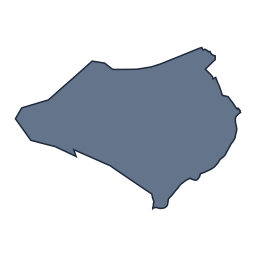 Peel en Maas, Limburg, Netherlands
{"feature_id": "6326949B67836908957420", "entity_name": "Peel en Maas", "entity_type": "district", "adm_level": 2, "iso_a3": "NLD", "parent_name": "Netherlands", "parent_adm1": "Limburg", "projection": "orthographic", "projection_center": [6.017, 51.331], "detail": "fine", "context": "isolated", "style": "filled", "palette": "slate", "viewbox_px": 256, "rotation_deg": 0, "n_neighbors": 0, "source": "geoboundaries", "source_scale": "gbopen_adm2", "svg_char_len": 5049}
<svg xmlns="http://www.w3.org/2000/svg" viewBox="0 0 256 256"><path d="M21.7,107.9L20.4,110.1L15.4,118.8L16.1,119.7L16.3,120.0L18.5,123.1L19.8,124.9L19.9,125.0L20.0,125.2L20.3,125.6L22.8,129.1L25.1,132.3L26.0,133.5L26.3,134.0L29.0,137.8L30.8,140.3L31.9,140.6L32.0,140.6L33.8,141.1L36.3,141.7L39.5,142.6L40.6,142.9L42.2,143.3L48.8,145.0L49.8,145.2L50.1,145.3L50.5,145.4L50.7,145.5L51.0,145.5L51.5,145.7L52.1,145.8L55.5,146.7L57.1,147.5L57.5,147.7L57.8,147.8L60.7,149.2L62.0,149.8L67.3,152.3L68.1,152.7L71.3,154.2L75.6,156.2L76.1,156.5L75.2,153.9L73.9,150.3L73.7,149.6L82.8,153.7L86.1,155.1L101.1,161.7L101.1,161.8L110.2,165.7L116.1,169.9L119.3,172.0L120.8,173.1L122.2,174.0L125.3,176.1L128.8,178.5L131.1,180.1L132.5,181.0L141.0,186.8L145.7,189.9L145.8,190.0L151.7,193.9L151.7,194.0L152.0,195.1L152.2,195.9L152.3,196.0L152.4,196.4L152.4,196.7L152.4,197.0L152.5,197.6L152.6,197.9L152.7,198.3L152.8,198.5L153.1,199.5L153.3,200.0L153.5,200.5L153.7,200.8L153.8,201.0L153.8,201.3L153.8,201.6L153.7,202.0L153.7,202.4L153.7,202.6L153.6,202.9L153.6,203.1L153.6,203.3L153.4,203.7L153.4,203.9L153.4,204.2L153.4,204.5L153.3,205.1L153.3,205.4L153.3,206.0L153.3,206.3L153.2,206.5L153.0,206.9L152.9,207.3L152.8,207.5L152.7,207.8L152.7,208.0L152.7,208.5L152.9,208.3L153.3,208.1L153.9,207.9L154.7,207.7L155.1,207.6L155.5,207.5L156.3,207.5L156.5,207.5L156.9,207.6L157.5,207.8L158.2,208.0L158.5,208.1L158.8,208.2L159.7,208.4L159.9,208.4L160.2,208.4L160.7,208.4L161.3,208.4L162.5,208.2L162.9,208.2L163.7,208.0L164.4,207.8L164.6,207.7L165.1,207.5L166.4,206.5L166.5,206.4L166.7,206.2L167.1,205.6L167.4,204.9L167.6,204.1L167.8,203.2L168.0,202.0L168.3,199.9L168.4,199.2L168.9,198.3L169.5,197.7L170.1,197.0L171.0,196.3L171.8,195.4L172.8,194.1L173.4,193.4L174.2,192.4L174.6,191.9L175.1,191.2L176.2,189.9L176.5,189.6L177.5,188.5L177.8,188.3L178.6,187.0L178.8,186.7L179.2,186.2L180.2,185.0L180.8,184.4L181.2,183.9L182.7,182.9L183.3,182.3L184.5,181.4L186.2,180.2L187.2,179.7L188.1,179.2L188.3,179.1L190.5,178.2L190.9,178.9L191.1,179.0L191.3,178.9L191.8,179.1L192.0,179.2L192.2,179.3L192.5,179.4L193.2,179.7L193.5,179.8L193.9,179.9L194.3,180.1L194.6,180.1L194.8,180.1L195.1,180.1L195.5,180.1L196.1,180.1L196.4,180.1L196.7,180.0L197.0,179.8L197.2,179.7L197.6,179.3L198.0,178.8L198.2,178.6L198.5,178.1L198.7,177.9L198.8,177.8L198.9,177.6L199.0,177.5L199.4,176.7L199.5,176.7L199.6,176.4L199.6,176.2L199.7,175.9L199.8,175.8L199.8,175.7L199.9,175.4L199.9,175.2L200.0,175.0L200.1,174.9L200.3,174.6L200.2,173.9L205.4,171.9L207.6,170.8L208.2,170.5L210.0,169.7L210.7,169.3L211.8,168.7L213.3,167.7L214.3,167.0L215.6,165.7L216.7,164.4L217.0,164.1L218.0,162.8L218.5,162.1L218.7,161.6L219.3,160.6L219.7,160.1L220.2,159.5L220.6,159.0L221.6,158.1L223.1,157.1L224.2,156.0L224.7,155.5L225.4,154.6L226.0,153.4L226.4,152.6L226.7,152.0L227.0,151.4L227.3,151.0L227.4,150.7L227.8,150.0L228.1,149.4L228.4,148.9L229.1,147.6L229.9,146.0L230.3,145.3L230.9,144.2L231.4,143.4L231.5,143.2L232.0,142.7L232.6,141.9L233.4,140.8L233.9,140.0L234.6,138.8L235.2,137.3L235.7,134.1L236.2,132.4L236.3,132.2L236.6,130.7L236.7,129.8L236.7,129.5L236.7,129.2L236.8,129.0L236.6,127.7L236.3,126.4L236.1,125.0L235.8,124.1L235.7,123.6L235.7,123.4L235.5,122.4L235.5,122.1L235.4,121.3L235.4,121.0L235.4,120.7L235.4,119.6L235.4,118.8L235.4,118.7L235.5,118.3L235.5,117.9L235.5,117.7L235.9,116.9L236.0,116.8L236.2,116.4L237.2,115.2L238.2,114.2L239.5,113.2L240.6,112.3L239.7,111.1L240.2,110.7L239.4,109.8L238.9,109.3L239.0,109.2L238.0,108.2L237.9,108.4L237.2,109.1L236.2,107.9L235.8,107.4L234.4,105.3L233.5,103.9L232.9,103.1L232.3,102.1L231.5,101.2L231.1,100.7L230.8,100.3L230.7,100.2L230.4,99.8L230.1,99.3L229.8,98.9L228.9,97.7L228.1,96.7L227.1,96.4L224.1,95.7L222.4,95.3L221.7,93.4L221.5,92.6L221.3,92.0L220.9,90.7L220.4,89.4L220.1,88.4L220.0,88.2L219.9,87.9L219.8,87.6L219.7,87.3L218.7,84.8L217.7,82.6L217.0,81.0L216.9,80.8L216.7,80.4L216.4,79.9L216.6,79.8L216.4,79.3L215.7,77.4L213.0,78.9L212.8,77.4L212.0,76.1L210.4,74.3L205.3,69.2L214.0,60.7L215.2,59.7L215.2,56.6L215.2,56.2L215.1,55.7L214.8,55.7L214.5,55.7L214.4,55.7L214.0,55.5L213.3,55.3L213.0,55.1L212.7,55.0L212.4,54.8L212.2,54.6L211.9,54.4L211.6,54.1L211.4,54.0L211.4,53.9L211.2,53.7L211.0,53.4L210.8,53.2L210.7,53.0L210.5,52.7L210.4,52.6L210.4,52.4L210.3,52.2L210.2,52.0L210.1,51.9L210.1,51.6L210.0,51.4L209.7,51.5L208.3,51.9L207.8,50.8L207.7,50.8L207.6,50.7L207.4,50.6L207.1,50.4L206.8,50.2L206.7,50.1L206.4,50.0L206.3,49.9L206.2,49.9L205.9,49.9L205.7,49.9L205.4,49.9L205.0,49.2L203.8,49.5L203.4,49.7L202.8,49.9L202.6,49.4L202.4,48.9L202.2,48.4L202.0,47.9L201.8,47.5L199.5,48.2L182.2,55.2L178.2,56.9L176.5,57.5L167.3,61.2L166.4,61.6L162.4,63.2L159.8,64.2L158.8,64.5L151.3,66.9L150.6,67.0L150.1,67.1L139.6,68.8L138.8,68.9L137.9,69.1L137.4,69.2L136.9,69.2L133.8,69.3L133.5,69.3L132.7,69.3L124.9,69.4L112.7,69.4L112.5,69.2L108.7,66.3L105.4,63.7L104.6,63.1L92.2,61.1L72.3,78.8L64.2,85.9L63.7,86.3L60.8,88.9L51.5,97.2L49.5,98.9L49.4,99.0L48.9,99.4L48.3,100.0L46.5,100.5L39.7,102.5L37.7,103.1L36.1,103.6L21.7,107.9Z" fill="#64748b" stroke="#1e293b" stroke-width="1.5"/></svg>